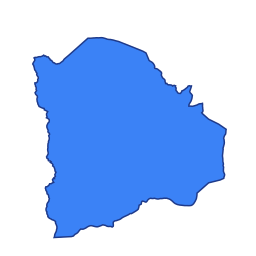 Baringo North, Rift Valley, Kenya, rotated 349°
{"feature_id": "3690345B96976797039875", "entity_name": "Baringo North", "entity_type": "district", "adm_level": 2, "iso_a3": "KEN", "parent_name": "Kenya", "parent_adm1": "Rift Valley", "projection": "mercator", "projection_center": [35.764, 0.769], "detail": "fine", "context": "isolated", "style": "filled", "palette": "blue", "viewbox_px": 256, "rotation_deg": 349, "n_neighbors": 0, "source": "geoboundaries", "source_scale": "gbopen_adm2", "svg_char_len": 5666}
<svg xmlns="http://www.w3.org/2000/svg" viewBox="0 0 256 256"><g transform="rotate(349 128 128)"><path d="M138.1,201.8L139.1,202.0L140.5,202.0L141.9,202.7L143.3,203.3L144.4,203.5L146.1,203.4L147.5,203.7L148.6,203.8L150.2,203.8L151.3,204.1L152.0,204.2L152.6,204.3L153.3,204.7L153.8,205.0L154.6,205.4L154.9,205.6L155.9,206.3L156.9,207.5L157.7,208.4L158.6,209.8L159.9,211.2L161.8,212.5L164.1,213.5L166.1,214.1L168.9,215.0L171.4,215.5L173.1,215.9L175.2,216.1L176.6,215.7L178.0,214.8L179.9,212.8L181.6,210.5L182.3,208.7L182.9,207.0L183.3,205.1L196.7,197.2L208.6,196.6L212.4,195.7L212.9,194.4L213.6,193.3L214.0,191.9L213.6,190.2L213.4,188.5L213.7,187.3L214.0,185.9L214.4,184.7L214.2,183.5L214.2,182.7L214.8,181.7L214.8,180.3L214.7,179.2L214.9,178.0L215.2,176.2L215.3,174.7L215.4,173.4L215.8,172.0L216.2,170.8L216.6,169.5L217.0,168.1L217.4,166.9L217.4,166.0L218.2,164.5L218.7,163.4L219.4,162.0L219.8,160.7L219.9,159.6L220.1,157.8L219.9,156.5L220.6,155.0L221.5,153.6L222.5,152.8L223.1,151.4L223.6,149.4L224.1,148.0L217.7,141.5L208.8,134.7L203.8,128.1L203.3,127.1L204.5,126.3L205.0,124.9L205.0,123.6L205.2,122.3L205.3,120.7L205.7,119.2L205.8,118.0L204.6,118.1L203.2,117.9L201.8,118.0L200.5,118.5L198.9,118.7L197.1,118.9L195.4,119.0L193.7,118.5L191.9,118.1L192.3,116.7L193.6,115.1L194.7,114.0L195.5,112.8L196.4,111.1L196.9,109.7L197.4,108.2L196.7,106.7L195.8,105.3L195.5,104.0L196.2,102.8L196.9,101.6L197.6,100.3L198.2,99.2L198.3,98.8L197.2,98.7L196.3,98.2L195.1,98.3L194.6,98.7L194.1,99.4L192.8,100.0L191.3,100.8L190.2,101.3L189.1,101.7L188.0,101.8L187.3,103.0L186.0,104.1L184.5,103.7L183.4,102.8L183.1,101.6L182.3,100.3L182.5,99.1L182.9,97.9L182.3,96.7L182.8,95.7L181.4,94.9L179.7,95.3L179.1,94.3L177.6,93.7L175.8,93.3L175.0,92.7L174.7,91.7L173.4,91.5L173.5,90.6L173.2,89.5L173.4,88.4L173.4,88.0L173.2,87.5L172.6,86.6L171.8,85.8L171.3,84.5L171.1,84.1L170.8,82.4L171.4,80.9L171.4,79.6L170.6,78.8L170.2,77.9L169.4,77.2L168.6,76.2L167.7,75.4L166.6,74.9L166.1,74.7L165.7,74.5L165.6,73.6L166.0,72.6L165.8,71.3L165.1,69.4L164.0,67.9L162.6,66.7L161.6,65.7L160.0,57.8L159.1,57.0L158.1,56.2L157.7,55.8L157.0,55.3L135.3,41.3L132.7,40.1L130.4,38.9L127.7,37.8L126.1,37.4L124.7,36.9L122.7,35.7L120.4,34.6L119.0,34.2L117.3,34.0L115.8,33.8L114.9,33.5L113.4,33.3L112.3,33.2L111.7,33.1L111.1,33.0L110.0,32.9L108.8,32.8L107.2,32.5L105.8,32.2L83.9,45.2L79.6,47.6L78.3,48.4L77.4,49.4L76.7,49.9L76.3,50.1L75.4,50.5L74.2,51.1L73.0,51.7L71.8,51.5L71.2,51.5L70.7,51.7L69.7,51.4L68.9,51.0L68.3,50.1L67.1,49.6L66.4,48.2L65.9,47.1L64.8,46.5L64.5,45.3L63.8,44.3L63.3,43.0L61.7,42.6L60.9,41.5L59.7,41.4L59.2,40.4L57.5,41.1L55.7,41.3L54.3,41.0L52.9,41.1L51.3,41.3L50.3,40.9L49.9,41.0L49.1,41.3L49.6,42.3L49.4,43.8L48.5,44.8L47.7,45.6L46.7,47.0L47.3,48.7L47.4,50.0L47.5,51.2L47.5,51.7L47.5,52.6L47.6,53.3L48.3,54.5L48.5,55.9L49.1,56.9L48.5,58.3L49.0,59.7L49.6,61.0L49.4,62.3L49.1,62.5L48.6,63.1L48.5,64.4L47.6,65.6L46.5,66.2L45.3,65.9L45.0,67.0L45.3,68.4L45.2,69.6L45.6,70.4L45.5,71.5L45.1,72.6L45.4,73.8L44.6,74.6L43.5,75.6L43.7,76.7L43.8,77.2L44.0,77.6L44.6,78.5L45.1,79.3L45.0,79.8L45.0,80.6L44.8,80.9L44.5,81.2L44.1,82.4L44.0,83.7L43.9,84.9L44.2,86.0L44.1,87.2L44.3,87.9L44.6,88.8L44.8,89.9L45.6,90.5L46.6,91.3L48.0,92.2L49.4,92.8L49.3,94.2L50.6,95.1L51.5,95.9L52.3,96.6L51.4,97.7L50.7,98.6L50.5,99.9L50.7,101.7L49.9,102.4L51.1,103.3L52.2,104.6L52.1,106.0L51.6,107.1L50.5,107.8L49.7,108.9L48.9,110.0L48.5,111.6L48.8,113.6L49.2,115.0L48.7,116.3L48.9,117.3L49.8,118.1L49.8,119.3L48.7,120.3L48.7,120.9L48.9,122.3L48.6,123.8L48.0,125.0L47.4,125.8L47.2,127.1L46.5,128.1L46.1,129.6L45.8,130.8L45.7,131.9L45.4,132.6L45.0,133.9L44.9,135.0L44.9,135.7L45.0,136.1L44.9,137.2L44.7,138.2L44.2,138.8L43.3,139.9L42.5,140.8L42.7,142.4L43.8,143.3L43.6,144.8L43.9,145.0L44.3,145.3L45.3,145.5L46.1,146.5L45.2,147.0L45.6,147.4L46.1,147.8L46.6,148.3L46.9,148.7L47.3,149.7L46.8,150.8L47.8,151.9L48.1,153.1L48.3,154.6L48.2,155.9L48.3,157.0L48.9,157.6L48.1,158.7L47.2,160.0L47.5,161.6L46.5,162.3L45.7,162.7L46.1,163.6L44.8,163.5L44.0,164.3L44.1,165.7L44.7,167.2L43.4,167.4L41.9,168.0L40.4,167.8L39.8,168.7L38.7,169.5L37.4,170.2L36.2,170.0L35.7,170.8L35.4,171.2L35.5,172.0L35.6,172.3L35.5,173.4L36.1,175.0L36.1,176.2L36.0,177.2L36.9,178.0L37.1,179.4L37.0,181.1L37.4,182.3L36.8,183.3L36.3,184.7L35.0,185.9L34.2,186.8L33.5,188.3L33.6,189.4L33.0,190.2L32.3,191.2L31.9,192.6L31.9,193.8L32.4,194.9L32.1,195.8L32.1,197.0L32.3,197.5L32.5,198.1L32.6,198.6L32.6,199.2L32.4,199.5L32.8,200.6L33.8,201.7L35.1,202.7L36.0,203.6L37.0,204.1L37.4,204.3L38.0,204.9L38.6,205.5L39.0,206.0L38.7,207.3L38.8,208.0L39.1,209.0L39.3,210.4L39.4,210.8L39.4,211.3L39.1,212.9L38.3,214.5L38.0,215.6L37.1,216.7L36.5,217.6L36.2,218.0L35.9,218.4L35.5,219.5L35.3,219.9L35.0,220.8L34.6,221.4L51.8,223.8L53.9,223.6L54.7,222.9L55.8,222.2L57.5,221.7L58.8,221.0L59.7,220.2L60.8,219.2L62.2,218.2L63.8,218.6L64.6,218.7L65.2,218.7L65.9,218.5L66.4,218.4L67.6,218.1L69.4,217.3L70.4,217.0L72.1,216.7L73.5,216.9L74.9,217.5L76.7,218.4L78.0,218.9L79.5,219.2L80.8,219.0L82.3,218.8L83.8,218.5L84.8,218.2L85.8,218.7L87.3,219.3L88.3,220.2L89.7,220.9L91.1,221.1L92.5,221.4L93.5,222.2L94.7,221.7L94.9,221.2L95.0,220.9L95.2,220.0L95.2,219.1L95.6,217.6L97.0,216.7L99.2,216.7L100.3,216.5L101.0,216.4L101.9,216.3L102.3,216.2L103.3,215.9L104.6,215.3L105.1,215.0L106.0,214.7L107.0,214.4L107.8,214.2L109.5,213.8L110.6,213.5L111.9,213.2L113.7,212.4L115.0,212.7L116.9,212.1L119.6,211.1L121.1,210.5L122.6,209.6L123.5,207.8L124.2,205.9L126.4,205.3L126.8,204.3L127.3,203.0L128.0,202.5L128.7,202.7L129.7,203.1L130.9,204.0L131.9,204.1L132.7,203.5L133.5,202.6L134.5,201.9L134.9,201.7L135.7,201.4L137.0,201.3L137.6,201.6L138.1,201.8Z" fill="#3b82f6" stroke="#1e3a8a" stroke-width="1.5"/></g></svg>